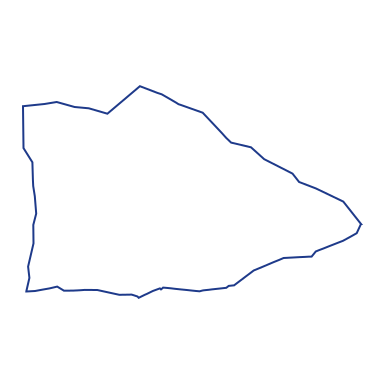 the district of Xatanbulag, Dornogovi, Mongolia
{"feature_id": "93677404B73496308227774", "entity_name": "Xatanbulag", "entity_type": "district", "adm_level": 2, "iso_a3": "MNG", "parent_name": "Mongolia", "parent_adm1": "Dornogovi", "projection": "robinson", "projection_center": [109.203, 43.024], "detail": "fine", "context": "isolated", "style": "outline", "palette": "blue", "viewbox_px": 384, "rotation_deg": 0, "n_neighbors": 0, "source": "geoboundaries", "source_scale": "gbopen_adm2", "svg_char_len": 1451}
<svg xmlns="http://www.w3.org/2000/svg" viewBox="0 0 384 384"><path d="M23.0,106.2L23.5,148.1L32.4,162.3L32.9,179.6L33.2,186.0L34.8,196.2L36.2,213.6L33.3,224.9L33.5,243.4L28.1,266.6L29.4,277.9L26.3,291.4L26.3,291.5L35.1,291.0L42.1,289.7L49.5,288.4L57.2,286.6L64.0,290.7L73.1,290.6L79.3,290.3L84.9,289.9L96.2,290.0L97.0,290.0L97.3,290.0L110.1,292.8L119.3,294.8L126.3,294.7L131.6,294.6L133.9,295.3L137.5,296.5L138.7,297.8L144.8,294.8L146.9,293.9L152.8,291.0L157.4,289.3L159.9,288.4L160.2,288.6L161.0,289.4L162.5,288.2L163.1,287.6L166.7,287.9L170.8,288.3L174.9,288.8L180.6,289.4L186.8,290.0L191.3,290.5L196.1,291.0L199.6,291.3L202.2,290.6L202.6,290.5L203.8,290.3L208.7,289.8L211.8,289.4L216.4,288.9L221.1,288.4L226.3,287.8L227.7,286.7L228.7,285.9L233.3,285.4L234.0,285.4L236.9,283.2L239.8,281.0L245.6,276.6L253.7,270.5L263.1,266.6L272.5,262.6L274.2,261.9L279.2,259.9L283.6,258.0L294.8,257.4L298.2,257.2L304.9,256.9L308.3,256.7L308.5,256.7L311.6,256.6L315.2,252.2L315.7,251.5L318.9,250.2L323.4,248.5L329.9,245.9L331.2,245.4L339.1,242.3L343.0,240.8L350.5,236.7L352.1,235.8L353.7,234.9L356.7,233.2L360.7,224.6L360.7,224.4L360.9,224.0L361.0,224.0L343.3,201.6L315.8,188.4L299.1,182.0L292.5,173.6L264.2,159.2L251.0,147.3L231.1,142.6L226.1,137.8L221.8,133.0L202.7,112.7L180.4,104.8L178.5,104.2L176.2,102.7L161.7,94.3L157.4,92.9L139.9,86.2L107.4,113.7L88.8,108.3L74.6,107.0L56.7,102.0L44.5,104.0L23.0,106.2Z" fill="none" stroke="#1e3a8a" stroke-width="2"/></svg>